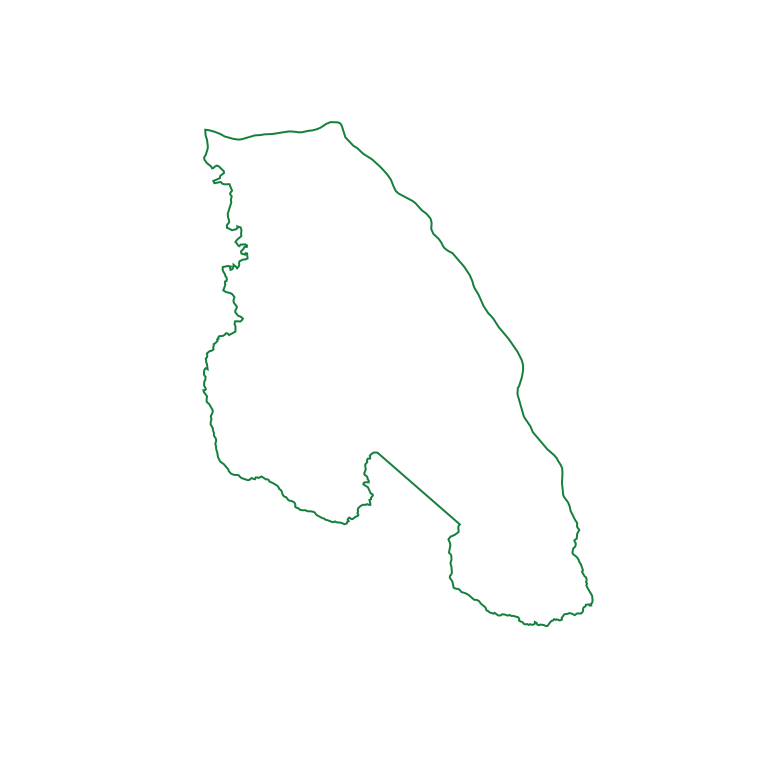 Conceição do Araguaia, Pará, Brazil, rotated 311°
{"feature_id": "56859067B33954079822227", "entity_name": "Conceição do Araguaia", "entity_type": "district", "adm_level": 2, "iso_a3": "BRA", "parent_name": "Brazil", "parent_adm1": "Pará", "projection": "natural_earth1", "projection_center": [-49.589, -8.207], "detail": "fine", "context": "isolated", "style": "outline", "palette": "green", "viewbox_px": 768, "rotation_deg": 311, "n_neighbors": 0, "source": "geoboundaries", "source_scale": "gbopen_adm2", "svg_char_len": 6144}
<svg xmlns="http://www.w3.org/2000/svg" viewBox="0 0 768 768"><g transform="rotate(311 384 384)"><path d="M470.1,109.4L466.3,101.4L465.3,96.4L463.3,90.8L460.7,85.4L458.6,82.3L454.6,86.2L452.2,90.2L447.7,95.2L445.6,96.7L440.1,99.1L436.8,99.7L435.5,101.3L434.5,105.7L434.8,110.8L434.0,112.9L435.2,113.6L437.0,113.7L439.1,114.5L439.9,116.3L439.5,123.5L438.4,124.8L433.6,123.9L431.7,125.1L425.2,122.0L424.3,124.3L429.3,128.2L429.2,130.7L429.9,132.4L433.4,136.3L430.2,142.5L427.6,142.6L426.3,143.3L425.8,145.9L422.7,147.5L420.7,149.7L409.9,154.4L407.3,157.2L405.7,159.9L404.3,161.1L400.9,161.2L398.9,163.1L399.6,165.0L400.3,168.4L403.9,170.9L405.7,171.1L406.7,169.9L408.1,173.0L406.6,175.5L403.7,177.5L402.0,179.3L397.0,178.5L393.7,178.7L393.5,180.9L392.9,182.5L393.1,184.4L395.2,184.4L398.3,187.6L398.7,189.8L397.4,190.5L396.2,188.8L393.5,189.3L390.3,189.1L388.9,190.8L390.5,194.3L391.9,193.7L392.7,195.0L389.2,198.7L386.7,197.4L385.4,195.9L381.9,194.5L380.4,195.0L379.2,196.4L377.1,197.3L374.9,197.2L375.4,195.6L375.3,192.2L374.1,193.3L371.2,194.2L369.5,193.3L370.7,191.4L372.1,191.4L370.8,188.9L366.5,185.6L364.3,187.3L363.2,189.6L362.6,191.9L361.3,193.6L361.2,195.1L360.0,196.6L358.3,197.6L357.2,196.8L355.6,197.9L354.9,199.1L349.2,201.3L349.7,204.3L351.9,208.6L352.2,210.8L351.4,214.2L348.4,215.5L346.9,217.2L345.8,222.3L344.0,223.2L341.8,223.6L340.6,224.7L339.8,229.0L340.9,232.2L340.8,234.6L338.4,234.9L336.9,234.5L333.7,230.5L331.1,231.9L330.1,234.1L326.1,237.5L319.3,235.0L319.6,233.4L318.8,231.5L316.3,231.4L314.7,230.9L312.0,228.3L310.5,228.3L309.7,229.4L308.3,228.8L307.4,230.1L303.9,229.9L302.3,229.3L301.4,230.3L299.6,231.0L298.2,232.7L295.9,232.0L294.5,230.9L290.9,230.3L289.5,232.0L288.0,232.9L286.2,232.8L285.0,234.5L283.7,235.5L283.0,237.2L279.4,241.2L279.0,239.1L277.6,239.0L276.1,239.5L273.0,241.9L272.2,244.9L269.3,246.7L268.0,246.7L264.9,249.1L263.4,252.9L261.9,253.0L260.9,251.8L259.8,253.1L258.6,258.5L255.5,260.6L254.2,262.0L254.1,265.5L251.9,271.7L251.0,272.8L249.6,273.5L246.0,274.4L244.3,276.9L242.5,277.6L239.8,279.6L238.2,284.1L237.1,284.9L235.4,287.9L233.9,289.0L233.1,290.4L232.8,292.1L232.0,293.5L231.0,294.6L228.1,296.0L227.1,297.7L224.9,299.9L222.8,303.2L219.9,306.7L218.0,311.2L218.4,315.8L217.4,322.4L216.4,324.0L216.0,327.5L217.1,330.6L219.2,333.0L219.8,334.6L219.4,336.5L219.6,338.3L222.1,344.4L223.7,345.5L225.1,345.4L226.3,346.0L226.7,347.6L227.5,349.1L229.3,348.5L230.4,349.7L230.9,351.1L233.8,352.2L234.6,357.5L235.6,358.5L235.9,360.0L235.2,361.6L236.3,364.9L237.2,370.3L236.8,372.4L236.0,373.9L236.3,375.4L236.0,377.0L234.1,379.9L233.7,381.3L233.7,383.0L234.4,384.4L233.7,387.7L233.9,389.3L234.9,390.6L235.8,393.7L235.3,395.3L234.5,396.6L233.2,397.3L233.1,399.0L233.9,400.3L234.0,403.4L235.9,406.2L237.2,407.4L237.5,409.1L238.4,410.7L239.5,411.7L241.1,414.3L241.6,416.2L241.0,417.8L241.0,419.6L242.4,425.7L243.2,427.1L243.2,429.0L244.0,430.3L245.9,435.6L246.8,436.7L248.1,437.1L248.4,438.7L251.2,442.8L252.3,446.2L254.3,447.4L255.7,446.7L257.3,447.3L257.7,445.6L259.0,445.3L260.4,445.5L260.5,447.3L261.4,448.9L265.4,449.7L266.9,450.7L268.5,450.5L269.1,448.7L270.7,448.1L271.8,446.7L273.3,446.0L276.2,446.3L278.9,447.2L281.1,449.7L282.3,450.1L282.9,451.8L283.7,453.0L285.0,451.9L286.9,449.1L288.5,449.8L289.7,448.8L292.5,448.8L293.3,447.4L292.7,445.8L295.5,439.7L294.8,434.2L296.3,433.6L297.5,434.3L299.8,437.0L301.1,435.8L301.5,434.0L302.6,432.9L303.1,431.2L302.7,429.4L303.2,428.0L307.9,426.0L310.0,423.3L311.3,422.6L314.1,422.6L315.1,421.3L317.0,420.7L318.6,422.4L319.7,421.6L320.4,420.4L322.6,420.3L325.8,421.4L327.9,424.1L327.8,533.4L325.9,533.4L324.0,534.5L322.8,536.1L321.0,537.4L316.4,536.3L312.5,534.4L309.1,534.5L307.2,538.2L305.8,539.9L299.3,543.7L299.2,545.8L298.7,547.3L295.7,550.2L292.4,551.7L290.1,555.0L286.2,559.0L284.8,559.6L282.2,559.8L280.9,560.9L279.8,565.2L275.9,570.3L276.9,573.1L278.0,574.3L278.3,576.2L277.8,578.9L279.4,582.4L280.3,585.9L280.3,593.5L282.0,595.9L282.5,598.2L281.8,601.1L281.9,607.1L280.4,609.9L280.9,611.5L280.9,613.6L282.5,617.3L283.9,617.7L284.2,621.8L285.0,623.1L286.2,624.0L287.6,624.1L289.5,626.8L289.9,628.4L290.8,629.7L292.1,630.2L292.5,632.3L293.7,633.5L296.0,638.5L295.4,640.3L294.1,641.0L294.3,642.8L295.1,644.4L294.8,647.1L295.4,648.5L296.8,649.6L297.1,651.3L298.5,651.8L299.3,653.7L300.6,654.7L301.9,655.1L303.4,654.0L303.8,655.9L303.0,657.5L303.7,659.3L305.0,659.8L306.9,662.7L307.6,665.1L308.8,666.1L313.8,665.7L315.2,665.9L316.3,666.7L318.2,666.7L318.6,668.3L319.8,668.9L320.9,671.8L322.9,672.9L324.0,671.6L328.5,671.2L331.2,673.5L332.6,674.1L333.7,675.9L334.7,679.6L337.5,680.2L340.0,683.3L342.6,683.4L345.4,681.5L346.7,681.3L348.4,681.9L349.8,681.2L352.1,683.2L351.7,684.6L352.8,685.7L354.0,684.5L355.6,684.6L357.6,683.3L360.8,679.9L363.5,671.7L364.8,668.8L366.5,668.2L367.1,666.4L368.5,665.9L369.8,664.7L370.6,663.2L370.5,661.4L372.2,656.6L373.8,656.5L376.9,651.3L378.1,647.6L379.0,646.4L379.9,642.8L379.6,638.5L380.3,636.9L383.7,634.8L386.7,634.9L388.1,634.4L389.6,633.2L390.0,631.6L390.9,630.2L393.7,630.9L397.7,628.1L401.9,627.2L402.7,624.0L403.6,622.6L405.8,621.1L406.8,617.4L410.6,608.2L413.6,604.2L415.4,600.5L416.9,593.9L417.9,592.0L426.1,583.2L433.2,577.7L437.2,573.9L438.8,570.6L440.3,565.5L441.3,563.1L441.9,559.1L441.9,550.1L445.3,527.9L448.1,522.2L450.7,512.4L451.6,510.3L463.8,491.5L468.8,487.6L471.0,487.4L479.6,483.6L485.9,479.8L489.7,476.3L492.5,472.1L495.9,463.7L499.8,448.6L502.2,433.2L504.9,424.1L505.5,420.9L505.8,416.4L508.0,408.4L513.4,396.8L515.9,389.2L517.3,386.5L519.4,383.6L522.4,377.3L525.1,367.7L527.7,349.6L526.6,345.7L526.2,340.7L526.8,338.1L528.5,334.0L529.4,330.1L529.7,322.9L531.9,318.0L536.8,314.3L539.0,311.2L539.6,309.6L540.4,304.0L539.9,298.9L541.1,289.0L540.9,285.6L537.4,270.5L537.3,266.5L539.1,262.2L542.7,255.2L544.1,249.8L544.9,244.3L545.5,238.1L545.7,227.6L544.1,217.3L544.5,208.9L543.7,204.6L544.8,193.1L551.3,182.5L552.0,179.8L551.1,177.4L546.6,171.9L542.5,169.8L535.7,167.9L532.8,166.5L528.0,163.3L526.4,161.6L520.1,156.8L518.0,154.5L514.7,149.5L511.8,146.1L499.5,135.8L493.8,129.8L490.9,127.5L487.0,123.5L475.3,116.0L473.2,114.1L470.1,109.4Z" fill="none" stroke="#15803d" stroke-width="2"/></g></svg>